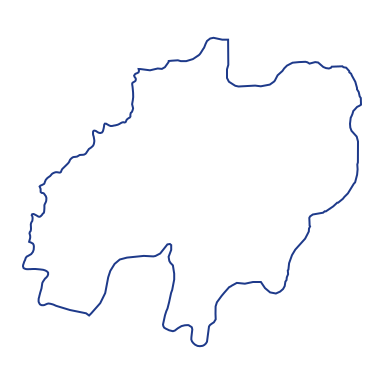 Tajumulco, San Marcos, Guatemala
{"feature_id": "79465075B52566348974333", "entity_name": "Tajumulco", "entity_type": "district", "adm_level": 2, "iso_a3": "GTM", "parent_name": "Guatemala", "parent_adm1": "San Marcos", "projection": "robinson", "projection_center": [-92.003, 15.058], "detail": "fine", "context": "isolated", "style": "outline", "palette": "blue", "viewbox_px": 384, "rotation_deg": 0, "n_neighbors": 0, "source": "geoboundaries", "source_scale": "gbopen_adm2", "svg_char_len": 5065}
<svg xmlns="http://www.w3.org/2000/svg" viewBox="0 0 384 384"><path d="M138.6,69.0L139.0,70.9L138.5,72.4L137.2,73.1L135.7,73.7L134.9,74.3L134.1,75.7L134.7,77.1L135.4,77.9L135.8,78.8L135.8,79.8L135.4,80.9L134.8,81.4L133.6,82.1L132.6,82.7L132.2,83.5L132.2,84.6L132.5,86.4L132.7,88.2L133.1,92.8L133.2,97.1L132.8,100.3L132.1,104.2L133.1,108.3L132.8,109.5L132.4,110.8L131.9,111.9L130.8,112.9L130.4,114.5L130.4,115.5L130.4,116.6L129.8,117.5L128.9,118.0L127.7,118.8L126.7,119.7L125.9,121.5L125.5,122.2L124.4,122.5L123.2,122.2L122.0,122.5L120.8,123.1L119.3,124.0L117.8,124.7L115.5,125.3L113.7,125.6L112.5,125.9L111.4,126.0L110.6,126.0L109.1,125.4L107.3,124.4L106.1,123.7L104.8,123.7L104.2,124.8L104.0,126.5L103.7,128.2L103.4,129.4L103.1,130.6L102.8,131.4L102.0,132.5L100.5,133.0L99.3,132.9L98.2,132.5L97.1,131.8L95.9,131.0L94.6,130.6L93.6,130.8L93.1,131.6L93.0,133.1L93.1,134.8L93.7,136.6L93.9,137.8L94.3,140.2L94.3,141.5L94.0,143.3L93.8,144.1L93.2,145.5L92.5,146.3L91.8,146.9L91.0,147.6L90.0,148.3L88.9,149.0L86.8,152.1L86.1,153.2L85.4,153.9L84.1,154.6L82.9,154.8L80.9,154.9L79.7,155.0L78.7,155.6L77.3,156.5L75.8,156.8L74.9,156.9L73.8,157.0L72.6,157.4L71.1,158.6L70.2,159.6L69.7,160.5L69.3,161.6L68.5,162.8L67.7,163.7L62.9,168.4L62.2,169.1L61.6,170.2L60.9,172.0L60.2,172.5L59.4,172.6L58.2,172.4L56.9,172.2L55.8,172.2L54.7,172.5L53.7,172.9L52.4,173.6L51.8,174.1L51.2,174.8L50.2,176.0L48.9,176.9L48.2,177.4L47.3,178.1L46.7,178.8L45.8,179.8L45.3,181.0L44.9,181.9L44.6,182.9L44.2,183.8L42.8,184.6L41.8,185.1L40.5,185.6L39.6,186.5L40.2,187.9L40.6,188.9L40.6,191.0L40.7,192.1L41.7,192.9L42.8,193.0L43.8,193.4L44.8,194.7L45.3,195.5L45.9,196.3L46.4,198.0L46.3,199.8L46.2,200.9L45.8,202.1L45.4,202.9L44.7,204.3L44.4,205.2L44.4,207.1L44.4,208.3L44.2,211.1L43.9,212.7L42.7,213.8L41.9,215.0L40.8,216.1L40.1,216.6L39.2,216.8L38.2,216.5L36.4,215.4L34.3,214.3L33.5,214.0L32.2,214.2L31.7,215.2L32.4,216.5L32.6,218.0L32.5,219.6L32.3,220.9L31.8,221.7L31.3,222.5L30.8,224.3L31.0,228.5L30.9,229.9L30.6,231.1L29.8,232.1L29.5,233.4L29.8,234.4L30.2,235.9L30.2,237.7L30.0,238.7L29.7,239.6L29.1,241.8L31.3,242.7L33.0,243.7L33.7,245.1L33.9,246.7L33.7,249.6L32.9,251.9L31.9,253.2L31.2,254.1L29.3,255.2L27.9,256.0L26.7,256.6L25.7,258.0L25.0,260.2L24.3,261.5L23.5,263.9L23.1,265.1L23.0,266.4L23.6,268.1L24.8,268.7L26.1,269.1L27.7,269.2L30.9,269.1L33.1,269.0L35.5,269.0L40.0,269.4L43.2,269.8L45.1,270.4L46.5,271.1L47.6,272.0L48.1,272.7L48.1,274.6L47.4,276.2L46.1,277.7L45.1,278.5L43.0,281.6L42.3,283.0L42.1,284.4L41.5,288.4L40.2,292.7L39.8,294.3L39.4,295.8L39.1,297.2L38.7,298.5L38.6,300.0L38.6,301.5L38.9,302.5L39.4,303.4L39.9,304.3L40.7,304.8L41.8,305.2L43.4,305.2L44.5,305.0L45.3,304.6L47.2,303.8L48.5,303.5L50.5,303.8L52.8,304.4L54.1,304.9L55.8,305.7L57.3,306.2L69.9,310.0L86.1,313.3L89.1,315.5L91.2,313.4L100.2,303.2L102.4,298.8L105.2,293.1L108.2,277.3L110.3,270.9L114.6,263.9L119.8,259.5L127.0,257.6L143.8,255.9L153.3,256.4L155.4,256.0L160.2,253.5L167.4,244.4L169.9,244.0L171.2,245.1L171.2,249.9L168.6,256.8L169.3,260.9L170.4,262.8L172.9,265.4L174.2,273.7L174.2,279.5L172.2,289.9L171.1,292.9L169.1,302.2L167.5,308.5L166.3,311.2L165.0,315.3L163.0,324.5L163.3,326.0L164.1,327.6L165.7,328.6L169.2,330.3L172.9,331.2L174.8,330.6L177.8,328.3L181.5,326.1L184.7,325.3L187.5,325.1L188.7,325.2L189.5,325.8L190.6,326.4L191.8,327.3L192.3,329.4L191.4,337.2L191.3,339.5L192.0,341.4L193.3,343.1L195.1,344.7L197.5,345.9L199.9,346.2L202.7,345.8L204.4,344.9L205.9,343.5L207.0,341.7L209.0,326.5L209.9,325.1L211.6,323.8L213.9,322.3L215.7,319.3L215.5,313.6L215.6,306.4L216.9,302.3L221.6,295.9L224.1,292.9L229.2,287.1L230.6,286.5L231.5,285.8L236.8,282.9L244.9,283.7L253.0,282.0L260.9,282.0L265.0,288.1L270.1,292.4L275.9,293.5L280.1,291.6L283.1,289.0L284.7,286.1L285.4,281.6L286.5,280.1L286.8,277.3L288.1,274.2L287.8,270.4L288.4,269.7L289.1,263.2L292.0,255.1L295.3,249.6L305.1,238.7L307.4,234.3L308.8,231.5L309.0,228.6L310.1,226.3L309.6,225.6L309.5,222.2L309.3,217.9L310.1,216.4L312.8,214.5L323.1,212.7L324.7,211.3L325.8,211.4L333.2,206.4L337.2,202.7L338.1,202.7L342.9,198.8L344.3,197.0L347.9,193.4L353.9,183.6L355.1,182.4L357.1,174.7L357.6,169.3L357.3,164.5L357.9,162.4L358.0,141.5L356.7,136.6L351.5,130.8L350.3,127.6L350.0,123.8L350.7,117.8L351.5,116.2L352.4,114.1L353.3,111.0L354.3,110.0L357.1,106.9L359.4,105.8L361.0,104.7L360.8,98.0L359.7,96.4L358.7,92.0L357.0,89.3L357.0,87.9L355.3,81.8L351.9,75.6L351.1,73.7L349.3,72.3L349.3,71.2L346.2,67.7L343.4,67.2L342.4,66.3L331.7,66.7L330.9,67.8L328.9,68.5L326.0,68.1L323.3,67.0L319.5,63.7L318.1,62.5L315.2,62.1L309.5,63.6L307.4,62.3L305.4,61.8L298.9,62.1L292.6,62.7L287.0,65.6L284.2,68.4L282.4,71.0L277.6,75.3L274.8,80.7L273.9,81.7L269.8,84.6L260.8,86.3L255.1,85.6L238.5,86.5L235.3,85.8L232.6,84.1L228.9,81.7L227.0,78.0L227.0,69.3L228.3,64.9L228.1,39.7L222.4,39.7L213.5,37.8L210.2,38.5L207.0,41.0L205.6,43.9L204.1,47.7L203.3,48.8L200.6,53.1L199.7,54.3L199.0,55.0L192.9,59.1L186.3,61.1L180.7,61.1L177.9,60.3L171.9,60.7L168.7,61.0L168.5,62.2L166.9,64.4L164.9,67.2L161.9,68.9L157.7,68.5L150.0,70.3L140.7,69.1L138.6,69.0Z" fill="none" stroke="#1e3a8a" stroke-width="2"/></svg>